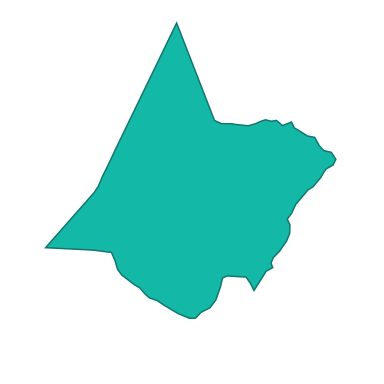 Goianinha, Rio Grande do Norte, Brazil, rotated 35°
{"feature_id": "56859067B94338823405962", "entity_name": "Goianinha", "entity_type": "district", "adm_level": 2, "iso_a3": "BRA", "parent_name": "Brazil", "parent_adm1": "Rio Grande do Norte", "projection": "orthographic", "projection_center": [-35.19, -6.288], "detail": "fine", "context": "isolated", "style": "filled", "palette": "teal", "viewbox_px": 384, "rotation_deg": 35, "n_neighbors": 0, "source": "geoboundaries", "source_scale": "gbopen_adm2", "svg_char_len": 989}
<svg xmlns="http://www.w3.org/2000/svg" viewBox="0 0 384 384"><g transform="rotate(35 192 192)"><path d="M82.5,62.4L104.6,199.3L107.8,217.8L109.7,230.5L112.0,241.0L112.2,248.4L104.0,321.6L141.1,298.3L145.1,295.9L160.7,287.7L168.5,292.5L175.3,298.0L182.0,300.3L198.3,301.0L204.2,300.5L211.8,302.4L217.9,303.2L225.4,301.0L235.4,300.7L251.0,299.5L262.3,296.9L267.3,293.3L268.4,285.3L273.1,276.5L273.5,266.9L269.6,253.0L266.3,244.9L269.0,240.6L285.0,230.7L292.0,233.2L299.3,237.1L298.2,214.3L301.5,207.6L297.6,205.0L296.2,199.3L297.7,190.3L297.6,177.9L295.7,169.7L290.9,162.6L285.6,159.6L285.8,152.4L284.1,142.6L285.8,124.0L288.2,118.0L288.6,112.6L289.2,106.6L288.7,101.0L288.6,96.3L292.1,88.9L291.1,82.7L283.3,79.6L276.3,82.5L269.7,81.1L261.2,76.9L254.4,79.9L246.0,80.3L239.0,80.8L233.4,77.6L228.0,85.7L220.2,84.9L216.3,88.6L210.8,90.7L207.6,95.0L204.7,99.9L200.1,105.5L189.1,111.6L184.8,113.6L177.0,119.1L169.4,120.5L82.5,62.4Z" fill="#14b8a6" stroke="#0f766e" stroke-width="1.5"/></g></svg>